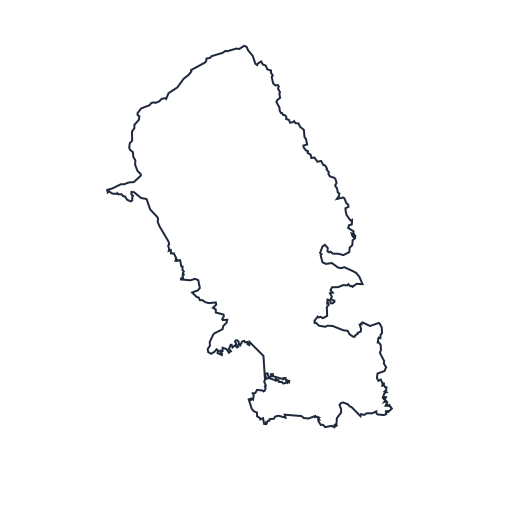 outline of Grobogan, Jawa Tengah, Indonesia, rotated 244°
{"feature_id": "22746128B71964042918672", "entity_name": "Grobogan", "entity_type": "district", "adm_level": 2, "iso_a3": "IDN", "parent_name": "Indonesia", "parent_adm1": "Jawa Tengah", "projection": "albers", "projection_center": [110.857, -7.098], "detail": "fine", "context": "isolated", "style": "outline", "palette": "slate", "viewbox_px": 512, "rotation_deg": 244, "n_neighbors": 0, "source": "geoboundaries", "source_scale": "gbopen_adm2", "svg_char_len": 6086}
<svg xmlns="http://www.w3.org/2000/svg" viewBox="0 0 512 512"><g transform="rotate(244 256 256)"><path d="M379.7,156.6L380.6,151.2L378.1,150.6L378.4,152.3L375.1,154.2L372.7,158.4L373.2,158.9L371.7,159.4L370.5,162.2L368.1,162.7L366.9,164.4L363.1,164.8L359.9,167.4L360.2,169.1L363.5,170.8L363.9,171.8L366.2,171.0L368.2,172.2L366.7,174.4L358.5,178.1L355.2,182.6L344.1,181.3L334.3,184.4L332.2,184.2L329.8,182.6L324.7,182.3L307.4,183.7L304.7,183.1L303.6,181.5L300.2,181.0L298.9,179.9L298.7,182.0L295.6,180.7L294.4,183.3L289.2,183.3L286.9,181.5L286.4,182.3L287.5,183.3L285.9,183.9L285.7,185.8L285.0,185.9L279.6,184.3L278.7,185.4L275.9,183.8L273.7,184.3L272.7,182.7L270.9,182.9L270.9,181.6L268.2,180.8L268.8,179.0L267.8,178.3L262.9,186.4L262.2,191.2L259.5,193.5L251.9,191.5L250.6,188.8L251.2,182.6L245.1,184.7L243.8,186.3L240.9,186.2L239.6,188.7L236.9,190.0L234.3,193.0L231.9,199.5L229.7,198.9L228.3,194.6L225.7,196.4L222.8,195.1L217.7,201.1L216.1,200.8L214.0,197.9L213.0,198.1L211.3,202.2L208.9,200.2L207.4,195.8L204.9,193.9L204.7,184.4L204.0,183.0L199.0,176.7L195.6,175.3L193.5,171.8L190.7,170.9L187.8,172.8L188.1,176.7L189.4,179.7L187.7,180.5L185.7,178.9L182.0,181.8L183.3,182.7L186.0,181.8L186.5,182.7L185.3,184.3L188.2,185.8L185.0,188.8L181.0,189.2L181.4,191.7L184.3,191.0L187.3,194.3L186.9,195.1L184.1,194.8L184.9,198.1L182.2,198.8L182.1,199.9L188.4,199.6L189.0,201.0L188.5,202.1L186.6,202.8L183.8,201.9L182.5,202.4L185.2,206.2L184.9,208.2L183.2,208.4L182.5,210.5L180.5,209.7L178.9,210.9L181.6,212.5L162.9,218.9L142.7,210.6L142.4,211.6L146.0,212.4L145.5,214.9L141.8,214.3L141.1,217.3L143.2,217.7L142.4,219.4L140.6,218.5L133.3,226.6L134.2,227.3L133.3,229.1L131.7,228.4L129.0,231.1L128.0,230.3L129.0,229.8L128.3,228.6L129.6,228.2L128.9,227.0L129.5,224.5L131.6,224.0L132.7,221.4L134.6,221.8L135.1,219.6L135.9,220.4L136.8,220.0L135.9,218.8L140.4,214.5L141.1,212.2L141.0,209.9L139.5,208.3L135.1,208.0L134.9,206.8L133.0,206.7L131.1,204.8L131.1,203.3L132.2,203.0L135.2,198.3L133.1,195.2L134.0,192.9L131.9,192.9L128.2,190.4L129.9,189.3L128.9,188.3L130.2,187.6L130.3,186.6L120.7,185.2L117.7,185.8L114.9,188.2L111.3,186.7L108.9,188.4L107.2,188.3L107.2,191.2L101.5,189.7L100.5,191.4L101.9,192.1L101.2,192.5L102.6,194.4L102.1,195.9L103.4,196.8L101.9,200.7L103.2,202.7L103.0,204.5L102.4,206.4L97.7,211.7L100.8,212.2L92.2,226.7L89.4,227.9L86.9,232.0L86.3,238.9L85.3,238.5L84.8,240.5L83.0,241.9L82.6,240.6L81.2,241.0L81.5,240.2L80.4,239.7L75.8,240.2L74.9,242.2L71.9,243.2L70.1,249.7L69.0,250.2L69.0,252.2L67.9,251.7L68.3,254.1L69.8,253.3L69.9,254.8L74.8,257.6L77.9,263.8L81.2,265.4L85.6,265.8L86.5,268.0L86.3,269.9L82.6,273.5L79.7,274.3L78.5,275.6L66.2,279.7L67.8,281.1L65.7,283.7L66.1,286.6L63.7,291.4L63.6,296.0L62.4,295.3L60.3,295.8L57.0,301.1L56.8,303.7L58.8,304.4L58.1,305.8L59.2,305.6L58.2,307.6L59.3,311.2L62.0,310.8L62.4,310.0L63.7,310.5L63.9,308.5L65.3,308.7L63.9,307.9L64.6,306.8L67.0,309.9L68.1,309.5L68.5,307.3L69.4,309.2L70.6,308.5L72.1,310.9L72.9,309.7L72.3,308.0L73.1,307.8L76.5,311.4L76.4,313.5L77.9,312.3L78.4,314.2L80.8,315.7L81.5,314.5L83.6,314.5L84.0,312.7L86.0,313.8L90.2,314.0L90.2,311.3L93.4,311.2L97.1,313.7L96.3,321.1L99.0,324.2L103.4,323.8L105.3,325.1L114.7,324.9L116.9,327.2L121.6,329.1L124.6,328.4L124.9,327.5L128.2,329.7L128.8,330.5L127.6,331.7L130.6,333.5L131.5,335.5L136.7,337.7L140.7,337.5L142.0,337.1L143.1,327.8L149.6,322.7L149.3,321.0L148.3,320.9L148.9,319.1L144.4,318.5L142.2,317.1L142.3,313.5L141.4,313.1L141.2,310.3L140.2,309.4L140.7,308.0L144.8,305.7L148.6,305.6L150.9,302.0L159.6,294.1L162.0,289.7L162.0,287.2L165.8,282.0L169.8,280.5L170.2,279.4L172.1,280.2L174.5,284.9L173.3,285.5L173.0,287.4L170.7,288.9L171.0,293.7L178.9,297.2L180.4,300.1L182.7,300.3L182.5,299.4L185.5,301.2L183.8,302.9L180.7,302.6L179.9,304.0L180.3,306.3L181.6,306.9L182.5,305.5L184.9,304.6L186.1,306.3L190.1,306.2L189.4,308.9L192.4,307.9L194.6,310.6L192.0,316.2L191.6,321.7L189.6,325.0L190.2,326.6L187.5,327.5L187.1,329.0L186.0,329.2L186.9,334.2L184.0,339.4L191.9,339.8L196.4,338.8L199.1,337.1L207.3,330.4L207.7,327.3L209.6,324.7L216.4,321.1L218.3,315.3L221.2,313.0L228.0,314.3L228.9,315.7L230.6,314.9L235.4,319.9L235.9,322.8L231.8,324.0L228.7,322.3L227.1,323.4L227.2,324.9L224.4,326.1L221.8,331.2L218.5,334.9L218.6,341.6L222.5,343.9L223.5,347.3L227.7,349.7L228.5,352.7L231.2,351.4L232.9,351.6L229.3,353.1L230.2,353.8L230.7,353.0L233.3,352.7L232.1,353.8L234.0,353.6L235.4,354.5L240.9,351.1L243.0,353.4L242.2,355.7L244.8,357.4L246.3,358.1L246.2,356.8L247.3,356.3L253.1,355.4L256.5,356.1L259.7,357.3L259.7,360.7L261.8,361.4L263.6,360.4L269.1,360.7L270.4,359.9L271.8,353.7L273.5,356.8L275.6,358.3L277.3,357.4L281.0,358.4L284.7,358.0L286.3,360.4L290.2,361.1L291.9,360.7L295.2,357.3L298.1,357.1L299.4,358.2L302.9,357.4L303.4,358.1L305.8,358.0L307.5,357.6L308.1,356.4L312.9,356.2L313.8,352.5L318.9,351.7L319.8,348.7L323.1,349.5L326.0,347.6L327.6,348.6L329.0,347.2L332.6,346.4L334.5,347.0L333.8,350.8L339.1,352.2L341.5,351.7L348.4,354.3L352.7,352.3L356.6,352.3L358.0,349.7L360.5,349.4L360.2,346.8L361.0,345.0L363.8,345.3L366.0,343.1L367.4,344.2L369.6,343.9L371.1,342.1L372.9,342.2L373.6,341.1L376.3,341.0L378.9,342.1L385.5,341.9L386.8,343.3L387.6,347.0L391.5,348.1L392.6,349.3L396.9,349.2L398.4,350.8L400.1,350.5L400.7,348.3L403.7,347.1L410.1,348.6L410.8,350.2L414.4,349.8L416.1,350.8L418.8,348.0L422.9,348.2L425.1,346.1L428.6,345.9L428.2,342.1L427.1,340.7L429.1,339.7L437.3,340.8L444.1,339.1L448.1,339.2L450.1,337.5L449.4,331.7L451.0,329.4L452.7,319.7L453.8,318.4L453.2,315.3L455.1,303.6L454.2,301.4L455.2,298.1L453.0,296.6L452.2,294.7L451.6,279.1L450.2,278.8L448.4,275.0L446.9,268.4L442.0,259.2L440.7,248.8L436.6,244.1L437.6,243.7L438.6,240.2L437.4,236.6L437.7,232.7L438.8,231.8L439.4,228.8L438.2,226.5L439.0,217.5L436.3,212.1L434.4,211.4L432.7,212.4L429.8,210.5L427.1,204.1L424.2,202.7L422.2,199.1L413.9,195.2L412.7,192.0L409.1,189.6L406.8,189.3L403.3,190.9L399.0,189.2L395.0,189.5L390.8,187.3L384.3,186.8L380.1,188.3L378.7,187.7L376.0,178.6L377.9,173.8L378.3,168.8L379.7,166.2L379.7,156.6ZM85.4,315.8L85.6,315.0L85.1,314.3L85.4,315.8Z" fill="none" stroke="#1e293b" stroke-width="2"/></g></svg>